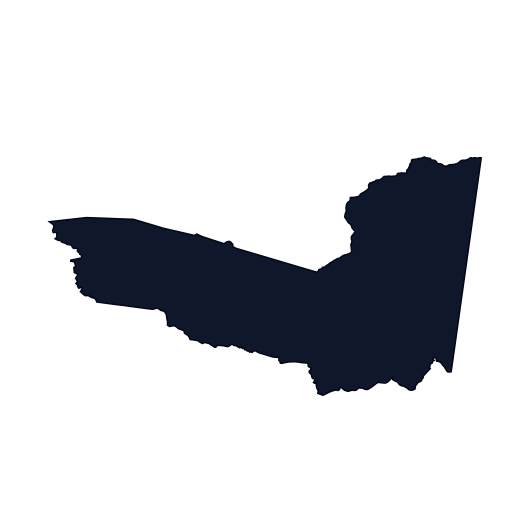 São João da Baliza, Roraima, Brazil, rotated 278°
{"feature_id": "56859067B56754764067741", "entity_name": "São João da Baliza", "entity_type": "district", "adm_level": 2, "iso_a3": "BRA", "parent_name": "Brazil", "parent_adm1": "Roraima", "projection": "natural_earth1", "projection_center": [-59.862, 0.77], "detail": "fine", "context": "isolated", "style": "filled", "palette": "ink", "viewbox_px": 512, "rotation_deg": 278, "n_neighbors": 0, "source": "geoboundaries", "source_scale": "gbopen_adm2", "svg_char_len": 4656}
<svg xmlns="http://www.w3.org/2000/svg" viewBox="0 0 512 512"><g transform="rotate(278 256 256)"><path d="M384.5,465.4L384.6,463.9L383.9,462.6L383.8,460.9L383.7,458.5L383.1,457.1L383.2,454.9L381.4,452.7L380.1,450.4L379.6,447.2L378.9,445.7L375.8,442.8L374.5,440.0L373.6,436.5L373.3,434.8L372.0,433.2L371.4,431.6L371.3,429.7L372.6,427.6L373.0,425.3L372.7,423.1L375.0,420.9L375.6,419.4L375.5,415.9L376.8,415.3L377.0,412.3L376.8,410.9L377.5,408.9L376.3,406.9L375.5,405.2L375.4,404.0L374.2,401.3L373.2,397.1L372.0,396.7L370.4,396.9L369.2,396.2L368.2,395.5L367.1,395.8L365.6,395.2L363.5,394.7L362.5,393.7L361.2,393.5L359.0,393.7L358.8,391.1L358.5,389.8L358.6,388.3L357.8,387.6L357.9,385.7L357.3,384.7L355.6,384.2L354.6,383.0L354.2,380.9L353.6,378.8L353.7,377.2L353.3,375.1L352.9,373.5L352.6,371.7L350.4,370.0L348.4,367.7L348.3,366.3L347.8,364.4L346.5,363.6L346.0,362.2L344.7,360.1L344.0,358.5L342.8,357.9L341.3,357.6L339.4,358.3L337.1,357.1L333.9,353.5L332.7,351.8L331.6,350.7L330.5,350.3L329.1,349.1L327.8,345.2L327.1,341.3L325.0,341.4L323.6,341.3L322.0,339.5L319.7,338.5L316.2,338.4L313.1,339.1L310.2,338.5L307.0,338.4L305.9,339.3L301.7,343.0L301.0,344.5L300.0,345.8L296.9,347.4L293.9,350.9L290.4,348.9L289.0,348.0L287.1,347.8L283.7,349.0L280.4,348.4L273.7,350.1L272.2,349.3L270.1,345.7L269.3,343.5L268.4,341.9L266.0,339.5L265.0,338.2L264.8,336.8L263.9,336.1L262.9,334.5L260.9,332.3L259.8,330.8L259.1,329.9L258.1,329.2L255.8,326.5L254.4,325.4L254.0,323.2L252.7,323.2L252.1,321.8L251.2,320.1L249.9,319.9L248.5,318.8L249.1,313.6L257.8,255.5L259.2,246.1L260.8,235.2L261.9,232.1L263.0,231.5L264.3,231.4L266.2,229.2L266.8,227.4L266.3,226.1L265.5,224.5L264.3,223.4L263.8,222.3L267.7,200.1L269.5,194.2L267.8,192.3L270.6,160.4L272.1,150.7L275.3,129.4L274.4,121.3L273.8,115.3L272.3,100.5L270.4,82.5L261.2,46.6L259.5,49.6L258.9,51.0L256.8,51.9L254.7,51.4L253.2,51.0L251.8,51.4L250.9,52.1L251.5,53.7L251.3,55.5L249.7,55.7L248.7,56.0L247.6,56.0L245.8,55.5L245.1,54.7L243.9,58.2L244.2,60.1L242.7,61.8L242.1,65.5L241.2,67.4L241.1,71.6L238.7,73.3L238.1,74.7L238.7,76.6L238.2,78.3L235.6,78.6L234.8,80.4L233.3,81.2L233.2,82.4L231.1,83.4L229.6,83.3L229.2,81.7L228.6,80.2L226.2,73.2L225.0,73.3L225.0,75.9L224.5,77.3L222.4,78.0L221.0,79.2L219.2,77.2L214.2,78.4L213.8,80.5L213.1,81.6L211.8,82.0L210.5,81.2L208.8,80.5L205.7,82.9L203.7,81.5L202.7,83.1L200.5,84.1L199.5,84.8L200.0,86.3L201.1,87.5L199.6,88.4L198.0,87.8L196.2,87.1L195.0,88.9L194.3,89.8L192.9,92.5L193.3,94.0L193.4,95.4L191.9,99.4L192.0,100.7L190.9,103.2L188.3,104.8L188.3,107.3L188.4,122.2L188.5,127.9L188.8,161.0L190.7,165.4L190.0,167.4L188.9,169.2L188.6,172.1L188.0,173.4L186.7,174.3L186.0,175.2L180.8,176.7L178.6,177.6L175.3,177.9L174.5,179.2L174.2,180.3L175.5,184.0L175.3,185.7L174.7,187.2L173.2,189.3L172.4,193.6L171.6,195.5L169.7,195.8L167.7,199.9L166.2,201.2L164.1,202.4L164.2,204.3L164.1,209.9L162.5,213.4L161.9,215.1L162.8,216.5L163.2,218.0L162.8,221.7L160.6,226.3L159.8,228.0L160.3,229.1L162.0,229.9L162.4,232.4L162.6,235.9L162.3,240.4L163.0,241.9L163.9,242.7L164.7,243.5L165.4,245.7L164.3,246.4L164.5,248.3L163.7,250.3L162.8,252.8L163.7,254.3L162.5,255.6L163.0,256.8L161.5,258.1L161.5,259.9L160.7,260.5L160.8,262.0L159.9,263.1L160.5,264.1L159.9,265.3L161.4,267.0L162.2,268.2L161.0,271.0L160.4,273.3L158.3,287.0L158.5,289.8L158.7,292.5L157.1,293.2L156.0,293.1L154.8,294.4L153.4,295.0L153.2,296.2L155.4,302.1L156.6,308.3L156.9,313.7L156.7,315.4L157.1,321.8L155.6,323.0L154.3,322.9L153.5,323.8L153.4,325.2L152.3,326.1L151.0,325.8L149.1,324.6L147.7,325.2L146.9,326.9L145.2,327.7L143.4,328.4L142.6,329.4L142.6,330.6L141.9,331.3L140.6,331.3L138.8,330.5L138.2,331.5L138.5,333.5L136.6,333.6L133.7,334.6L131.3,336.3L130.1,336.4L128.6,336.3L127.4,341.7L128.2,342.9L132.4,349.1L134.3,353.4L134.3,356.0L135.4,357.3L137.5,357.6L137.6,359.0L136.3,360.8L135.4,362.4L134.8,365.6L135.1,366.8L136.4,369.5L136.6,372.5L137.3,374.2L139.6,375.9L139.7,377.8L140.1,379.0L139.2,382.5L139.1,384.1L139.5,385.3L142.2,388.7L146.5,392.8L147.8,394.5L148.1,401.8L149.6,404.0L154.7,408.0L152.5,408.7L151.9,410.3L151.3,411.8L151.0,413.5L148.6,415.9L147.8,417.9L147.7,420.3L146.4,423.6L144.9,426.0L144.6,428.2L145.2,430.1L146.3,431.9L147.5,432.0L148.9,431.8L150.1,432.3L151.1,433.0L152.9,433.7L153.9,434.9L154.6,436.3L155.8,437.3L156.9,437.2L158.4,438.4L160.6,438.5L163.3,440.4L165.5,441.8L167.9,443.7L168.9,444.2L169.5,443.2L171.4,443.7L172.7,443.2L174.4,445.2L176.7,446.0L177.4,446.9L178.4,445.7L180.6,446.9L179.9,448.6L178.1,449.0L177.0,449.5L177.0,451.9L176.2,453.6L175.6,454.6L174.3,455.7L172.3,458.1L168.6,461.0L167.8,462.4L168.5,465.4L198.8,465.4L233.3,465.4L384.5,465.4Z" fill="#0f172a" stroke="#020617" stroke-width="1.5"/></g></svg>